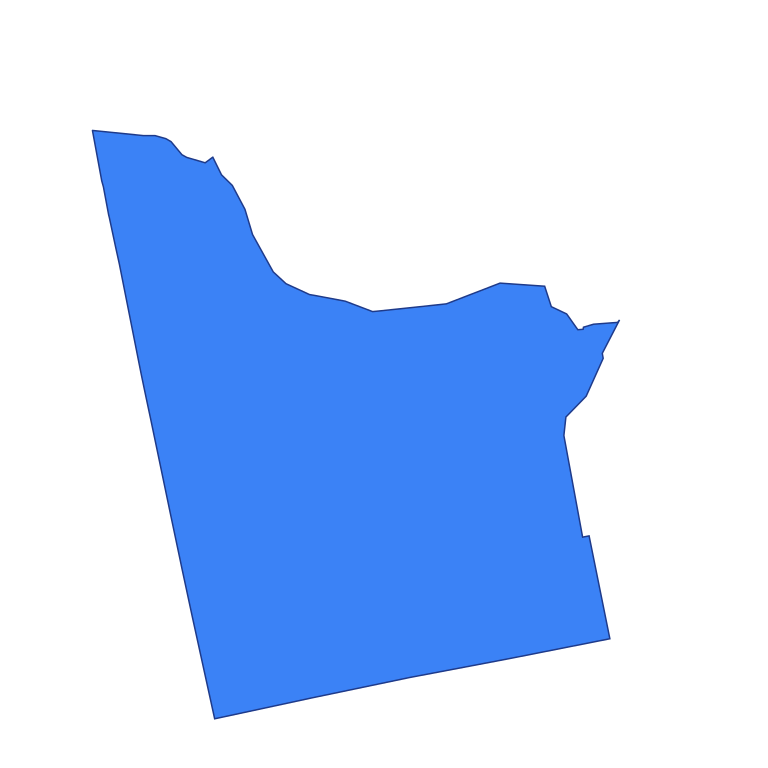 the district of Wayne, Michigan, United States of America, rotated 260°
{"feature_id": "52423323B15255243376052", "entity_name": "Wayne", "entity_type": "district", "adm_level": 2, "iso_a3": "USA", "parent_name": "United States of America", "parent_adm1": "Michigan", "projection": "equal_earth", "projection_center": [-83.141, 42.24], "detail": "fine", "context": "isolated", "style": "filled", "palette": "blue", "viewbox_px": 768, "rotation_deg": 260, "n_neighbors": 0, "source": "geoboundaries", "source_scale": "gbopen_adm2", "svg_char_len": 958}
<svg xmlns="http://www.w3.org/2000/svg" viewBox="0 0 768 768"><g transform="rotate(260 384 384)"><path d="M496.6,145.3L444.9,146.4L436.1,146.6L422.9,147.0L410.6,147.4L393.4,148.0L390.7,148.1L290.9,151.2L245.9,152.7L239.2,152.9L187.9,154.8L83.7,159.1L87.4,258.1L90.5,358.1L91.8,459.7L93.9,562.2L198.8,559.6L198.7,553.0L302.0,552.2L319.9,557.4L336.9,581.0L371.2,604.3L376.3,604.3L406.2,627.1L404.1,624.8L406.5,600.7L405.3,590.3L403.3,589.6L403.8,584.3L419.7,576.8L421.3,576.0L431.1,562.2L452.4,559.2L463.2,515.8L452.1,459.3L454.3,426.9L456.9,390.0L457.3,385.3L472.3,360.2L483.3,331.0L485.0,326.2L499.8,304.9L513.6,294.4L554.0,280.5L580.2,277.4L605.9,269.1L618.2,260.3L637.1,254.8L637.1,254.7L632.9,246.3L641.4,229.1L644.9,224.8L659.6,216.4L663.5,211.8L668.4,201.6L670.4,190.2L672.8,181.7L684.3,141.0L684.2,140.9L633.0,141.3L626.9,141.9L598.3,142.2L595.6,142.4L564.7,143.5L548.2,144.2L496.6,145.3Z" fill="#3b82f6" stroke="#1e3a8a" stroke-width="1.5"/></g></svg>